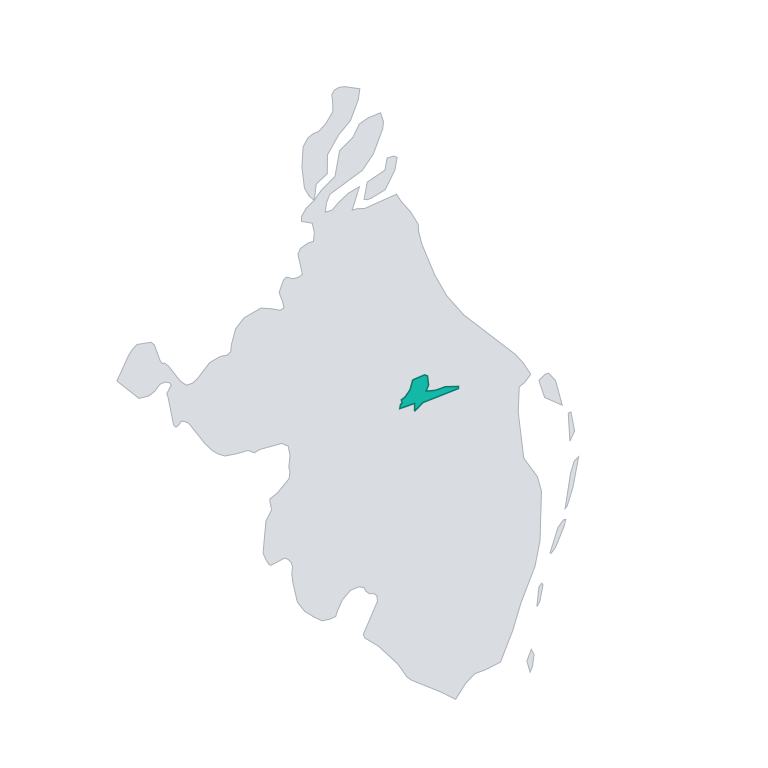 Almere, Flevoland, Netherlands (highlighted), rotated 113°
{"feature_id": "6326949B15537896627734", "entity_name": "Almere", "entity_type": "district", "adm_level": 2, "iso_a3": "NLD", "parent_name": "Netherlands", "parent_adm1": "Flevoland", "projection": "equal_earth", "projection_center": [5.3, 52.443], "detail": "fine", "context": "in_parent", "style": "filled", "palette": "teal", "viewbox_px": 768, "rotation_deg": 113, "n_neighbors": 0, "source": "geoboundaries", "source_scale": "gbopen_adm2", "svg_char_len": 5137}
<svg xmlns="http://www.w3.org/2000/svg" viewBox="0 0 768 768"><g transform="rotate(113 384 384)"><path d="M485.6,631.0L471.6,630.6L458.4,630.3L451.5,629.4L444.1,626.8L444.1,626.7L440.7,621.3L436.6,614.7L437.7,610.7L450.0,599.2L451.8,596.0L450.5,594.3L451.8,589.3L461.1,572.3L462.3,565.4L458.1,560.6L452.0,557.8L432.2,552.7L422.8,545.6L418.4,539.4L414.1,537.7L407.6,539.8L391.2,542.1L377.9,538.7L362.2,527.0L358.6,516.5L356.7,508.4L352.8,505.7L347.5,509.8L340.8,516.3L327.6,517.1L323.9,515.6L323.2,512.0L322.5,508.5L318.9,504.2L315.0,501.9L298.2,513.9L292.0,513.9L284.2,509.2L280.3,504.7L271.7,507.3L264.0,512.9L266.6,523.4L262.4,525.3L252.9,524.4L242.2,520.0L230.2,517.4L212.1,510.2L186.6,516.0L169.1,509.0L154.4,508.3L145.4,502.7L135.7,493.2L142.7,487.0L149.5,484.9L176.3,483.7L195.7,487.4L230.6,508.0L239.4,507.8L248.8,505.2L244.1,499.6L235.4,497.0L222.4,491.4L212.0,483.7L236.5,481.2L233.1,477.2L230.0,470.4L204.4,446.6L208.9,440.1L215.5,426.3L223.6,414.9L230.0,411.8L240.6,403.7L263.7,380.0L278.3,360.7L289.2,337.8L305.3,275.1L310.0,264.5L317.7,252.7L327.2,255.0L333.8,258.4L357.4,249.5L397.6,226.4L409.5,206.5L421.1,197.2L467.2,179.2L492.7,173.8L532.0,172.4L560.3,169.2L594.4,168.1L607.6,179.2L615.2,187.3L627.4,191.8L646.3,194.9L645.3,211.0L645.9,242.9L644.6,248.5L636.3,262.0L627.6,286.2L625.3,302.1L622.7,305.2L586.7,305.1L581.6,307.9L580.9,311.3L582.7,315.4L581.9,319.5L579.1,322.9L580.7,328.2L587.0,334.2L598.5,337.9L610.7,338.2L616.9,337.6L621.6,341.9L626.2,348.5L625.9,356.9L624.3,368.1L618.6,378.5L602.1,390.5L594.7,394.7L587.7,396.9L584.3,400.1L582.8,404.1L583.2,407.6L595.2,417.3L594.9,419.5L591.5,424.5L587.0,429.2L556.4,439.1L543.7,438.3L536.5,443.2L534.3,444.1L526.2,439.6L508.3,434.4L501.6,436.2L497.8,439.1L486.6,442.5L478.6,447.9L478.6,454.9L492.9,472.9L498.0,476.4L498.3,483.2L505.2,491.6L512.4,502.2L513.2,509.0L512.4,515.8L508.8,525.5L496.5,548.3L496.4,552.6L497.4,556.0L501.7,556.9L505.0,558.6L504.0,561.6L480.8,577.4L477.8,580.2L468.1,579.4L466.6,582.1L467.9,586.4L471.7,590.1L480.1,592.1L487.2,596.1L493.0,604.0L485.6,631.0ZM242.2,520.0L240.1,526.6L234.7,533.8L216.4,544.3L197.3,551.1L187.5,550.3L180.8,546.7L177.3,542.9L167.1,539.3L153.2,537.5L144.5,541.4L138.2,545.1L132.8,544.5L128.7,541.4L125.7,536.6L121.7,521.6L132.2,518.8L154.7,517.8L172.1,523.0L195.0,525.6L212.6,518.4L226.4,524.5L242.2,520.0ZM204.6,458.8L217.9,468.3L220.8,471.3L221.8,474.5L204.7,478.3L186.7,466.7L174.8,469.4L170.3,464.0L170.3,460.5L182.7,457.6L204.6,458.8ZM333.7,230.8L320.2,242.8L312.0,239.4L309.7,236.7L313.9,227.3L333.8,211.7L333.7,230.8ZM393.2,177.4L380.6,178.8L374.9,176.4L405.3,169.7L424.5,167.7L427.9,168.6L393.2,177.4ZM474.7,165.1L448.1,167.8L439.1,165.8L437.6,163.8L444.8,162.6L467.5,162.3L474.5,164.0L474.7,165.1ZM363.9,190.6L338.8,203.0L336.7,201.0L352.8,190.2L363.9,190.6ZM583.2,144.2L570.7,144.8L574.2,140.3L585.8,137.0L592.1,137.0L583.2,144.2ZM529.2,156.3L510.3,162.1L505.7,160.9L506.8,159.2L523.4,155.6L529.2,156.3Z" fill="#d9dde1" stroke="#a8b0b8" stroke-width="1"/><path d="M391.8,361.9L392.1,361.7L392.5,361.4L392.9,361.0L393.5,360.5L394.2,359.9L394.3,359.9L394.6,360.0L394.8,360.1L395.4,360.4L395.5,360.4L395.6,360.5L395.8,360.5L396.0,360.6L396.3,360.7L396.5,360.7L396.8,360.7L397.0,360.7L397.3,360.6L398.1,360.4L400.5,359.9L400.4,359.8L400.2,359.5L400.1,359.4L398.9,358.1L398.3,357.5L397.8,356.8L397.2,356.2L396.7,355.6L395.5,354.3L395.3,354.1L395.1,354.0L395.0,353.8L394.9,353.7L394.6,353.3L394.3,353.0L393.7,352.4L393.1,351.7L392.5,351.1L392.0,350.6L391.3,349.8L390.8,349.3L390.8,349.2L390.6,349.0L390.5,348.9L390.3,348.7L389.9,348.2L390.0,348.1L390.3,348.0L390.5,347.9L390.8,347.8L391.0,347.7L391.4,347.6L391.5,347.5L391.8,347.5L392.4,347.2L392.5,347.2L394.2,346.4L394.3,346.2L394.5,346.1L394.8,346.0L395.0,345.9L395.3,345.8L395.5,345.8L395.8,345.8L396.0,345.7L396.0,345.8L396.2,345.7L396.3,345.7L396.4,345.4L396.5,345.3L396.5,345.2L396.5,344.9L396.4,344.9L396.3,345.0L396.2,345.0L396.0,344.9L395.8,344.9L395.7,344.9L395.4,344.7L395.2,344.6L395.0,344.4L394.9,344.4L394.7,344.3L394.6,344.2L394.4,344.1L394.2,344.1L393.8,343.9L393.5,343.7L393.4,343.7L392.9,343.5L392.6,343.4L392.4,343.4L392.2,343.3L392.1,343.2L391.5,343.0L391.1,342.9L390.6,342.7L389.6,342.3L387.3,341.5L387.2,341.5L387.2,341.4L386.9,341.3L386.7,341.3L386.6,341.2L386.4,341.1L386.2,341.0L386.0,340.9L385.9,340.9L385.7,340.7L385.4,340.5L385.3,340.4L385.2,340.3L385.1,340.2L384.8,339.8L384.7,339.8L384.2,339.2L383.5,338.5L382.3,337.3L374.6,329.4L370.0,324.8L363.2,317.9L359.1,313.7L357.1,314.5L358.7,317.9L359.8,320.4L361.8,324.8L362.6,326.6L363.5,327.5L364.3,328.4L364.5,328.6L365.3,329.4L369.4,333.8L369.9,334.6L371.5,337.5L373.5,341.3L373.7,341.6L374.1,342.5L367.6,342.5L359.6,347.1L359.7,350.2L361.8,352.2L364.7,355.0L367.2,357.4L367.6,357.8L367.8,357.9L368.0,358.1L368.2,358.4L368.5,358.6L368.8,358.9L369.1,359.1L369.4,359.1L371.5,358.8L374.8,358.4L376.8,358.1L377.9,358.0L378.9,357.8L379.3,357.8L380.1,358.0L381.2,358.2L381.3,358.2L384.2,358.8L384.6,358.9L386.9,359.3L387.2,359.4L388.0,359.7L389.4,360.4L389.9,360.6L390.3,360.9L390.5,361.0L391.6,361.7L391.6,361.8L391.8,361.9Z" fill="#14b8a6" stroke="#0f766e" stroke-width="1.5"/></g></svg>